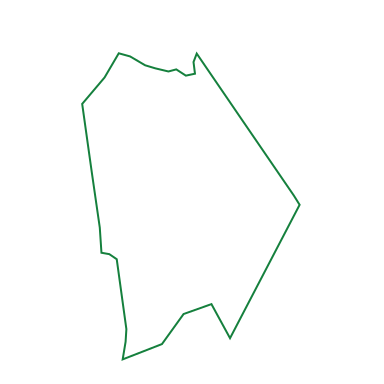 Mar Vermelho, Alagoas, Brazil, rotated 78°
{"feature_id": "56859067B23677371682445", "entity_name": "Mar Vermelho", "entity_type": "district", "adm_level": 2, "iso_a3": "BRA", "parent_name": "Brazil", "parent_adm1": "Alagoas", "projection": "orthographic", "projection_center": [-36.41, -9.467], "detail": "fine", "context": "isolated", "style": "outline", "palette": "green", "viewbox_px": 384, "rotation_deg": 78, "n_neighbors": 0, "source": "geoboundaries", "source_scale": "gbopen_adm2", "svg_char_len": 499}
<svg xmlns="http://www.w3.org/2000/svg" viewBox="0 0 384 384"><g transform="rotate(78 192 192)"><path d="M341.3,294.6L334.5,253.0L309.6,225.6L305.7,196.3L342.9,185.2L226.9,89.4L216.7,93.1L133.5,127.4L57.6,158.6L65.2,163.5L76.9,164.5L76.9,173.8L68.8,181.9L69.2,190.0L63.4,202.2L58.3,211.5L46.5,224.4L41.1,234.8L61.8,253.7L83.0,281.1L140.0,285.1L154.5,286.1L207.6,289.6L232.6,293.2L235.6,285.8L242.1,279.6L312.5,284.7L324.7,288.1L341.3,294.6Z" fill="none" stroke="#15803d" stroke-width="2"/></g></svg>